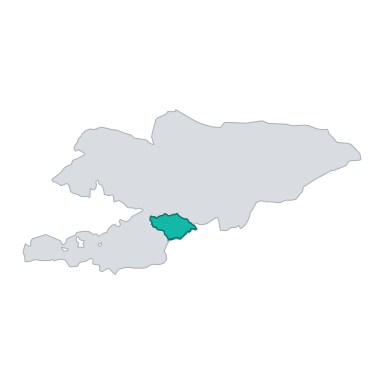 Kara-Kulja, Osh, Kyrgyzstan shown in context
{"feature_id": "92254566B85310994889224", "entity_name": "Kara-Kulja", "entity_type": "district", "adm_level": 2, "iso_a3": "KGZ", "parent_name": "Kyrgyzstan", "parent_adm1": "Osh", "projection": "mercator", "projection_center": [74.361, 40.398], "detail": "fine", "context": "in_parent", "style": "filled", "palette": "teal", "viewbox_px": 384, "rotation_deg": 0, "n_neighbors": 0, "source": "geoboundaries", "source_scale": "gbopen_adm2", "svg_char_len": 6557}
<svg xmlns="http://www.w3.org/2000/svg" viewBox="0 0 384 384"><path d="M76.1,233.1L77.1,232.5L80.3,231.8L86.7,231.2L88.9,231.7L93.3,234.3L96.7,234.0L97.3,234.4L98.6,236.6L103.3,233.3L106.7,232.4L108.4,229.0L112.1,225.1L115.2,224.5L115.2,225.1L115.8,225.7L119.0,226.6L120.0,225.6L120.5,224.1L119.4,221.8L119.3,220.9L120.4,219.5L125.4,221.6L126.6,221.6L128.9,220.4L131.0,218.2L131.8,216.6L142.2,211.1L142.9,210.1L142.8,209.3L138.4,208.1L136.4,208.8L134.6,208.8L133.5,208.0L128.2,207.7L127.1,207.1L123.5,203.1L119.2,200.6L117.1,200.8L114.6,201.8L113.8,201.3L113.6,197.6L113.1,195.3L111.6,194.8L109.6,195.7L104.3,194.4L103.7,189.7L101.7,185.5L98.8,183.9L98.7,181.3L97.8,180.3L96.9,180.6L95.8,181.9L96.4,184.6L96.0,187.4L95.3,188.8L94.1,189.8L92.7,189.9L90.3,188.5L89.9,196.9L89.4,197.4L86.5,196.2L84.2,196.7L80.8,196.2L78.2,194.8L73.1,193.2L70.7,191.7L69.2,186.1L67.8,184.0L66.5,183.6L61.1,185.6L55.6,182.1L52.8,181.4L52.1,180.3L52.2,179.1L60.6,172.8L64.0,168.4L66.0,166.6L71.3,164.6L72.5,160.6L73.0,160.2L78.3,158.2L84.4,154.7L84.5,153.7L83.9,152.9L78.5,149.7L75.7,151.1L74.1,149.3L74.1,147.4L75.9,144.1L77.4,142.4L78.1,139.2L80.2,137.1L82.5,133.7L85.2,131.0L90.3,128.9L93.1,129.6L95.8,129.1L99.9,127.4L102.4,127.3L113.0,129.8L116.5,130.0L124.7,133.3L131.1,135.0L134.3,138.2L144.6,139.6L147.4,140.5L148.4,142.1L151.3,144.0L153.8,144.5L151.6,136.8L152.5,132.3L155.8,119.7L157.5,117.8L165.9,114.3L167.8,111.6L173.8,111.7L175.1,111.2L175.8,109.7L194.5,120.7L201.5,123.8L211.3,126.7L219.5,127.6L221.0,126.9L224.3,122.6L225.8,122.4L246.3,123.2L261.0,120.9L263.1,121.1L268.6,123.5L286.0,124.2L292.8,125.8L303.6,125.2L308.1,125.5L316.3,128.6L319.2,129.3L324.6,129.7L326.6,129.2L327.8,129.9L329.0,133.8L334.0,138.7L335.9,141.4L337.8,142.5L347.4,143.3L351.0,144.3L359.8,153.6L361.0,159.0L360.0,160.1L350.6,160.8L348.5,161.6L346.2,165.6L333.6,170.5L331.7,170.4L314.8,179.5L303.2,187.2L302.7,190.9L295.9,199.3L290.7,200.3L286.4,200.1L279.2,202.7L270.1,201.8L267.0,201.9L261.0,200.8L258.6,201.4L256.0,203.1L252.4,209.8L251.0,211.3L250.3,212.8L249.8,216.1L248.4,219.5L245.4,224.7L242.9,227.1L240.5,228.6L238.6,225.4L235.5,227.6L232.6,227.2L230.9,227.8L226.8,230.6L220.8,230.5L220.2,229.5L219.0,222.0L217.9,218.4L217.1,217.6L216.0,217.5L207.4,223.4L203.5,224.5L200.2,224.7L195.9,222.9L195.0,223.3L194.3,224.3L194.0,225.5L195.2,228.9L194.8,229.5L192.9,229.5L190.2,230.3L182.0,237.2L176.8,239.0L172.0,239.7L169.1,241.0L167.5,243.6L164.3,250.7L164.5,252.2L165.8,254.1L166.8,258.4L166.5,259.5L163.9,263.1L160.7,264.2L158.1,264.7L153.1,264.2L150.6,264.9L145.9,267.7L142.1,268.2L134.8,268.2L127.7,267.2L125.3,267.5L119.0,269.1L116.8,271.7L115.7,274.0L115.1,274.3L112.5,272.2L109.3,268.5L107.8,268.6L102.1,271.6L101.2,271.5L99.6,270.3L99.8,265.7L98.0,264.8L94.1,264.5L92.8,263.5L93.2,260.5L92.8,259.4L91.8,258.5L89.8,258.8L85.7,261.3L81.0,262.1L79.4,262.9L77.5,266.2L71.2,266.9L69.2,266.1L65.3,260.1L62.1,259.2L58.7,259.4L54.2,261.0L53.1,259.7L51.9,259.3L50.9,260.4L45.3,260.6L39.7,260.4L36.5,259.7L34.4,259.7L30.2,261.4L25.1,261.7L24.6,256.1L23.0,252.3L24.6,246.0L25.4,244.0L29.3,246.3L30.6,245.9L31.0,244.7L30.4,241.9L32.3,238.8L45.7,234.6L60.5,240.8L62.5,244.7L63.8,244.5L65.8,242.8L66.4,239.4L69.3,237.5L75.7,235.2L76.1,233.1ZM83.7,247.0L84.0,246.5L82.9,243.5L84.4,240.8L81.4,240.3L79.8,239.5L78.1,236.7L77.5,236.6L76.6,237.4L76.2,239.2L76.6,241.2L78.7,243.0L77.7,246.9L82.2,247.4L83.7,247.0ZM68.2,249.7L68.1,248.9L67.1,248.5L61.5,247.4L61.7,248.2L63.8,251.1L65.5,251.2L68.2,249.7ZM101.3,244.7L101.6,242.9L98.3,244.0L97.9,244.9L99.0,246.0L100.5,246.4L101.3,244.7Z" fill="#d9dde1" stroke="#a8b0b8" stroke-width="1"/><path d="M169.9,239.9L169.8,239.7L169.7,239.5L169.9,239.5L169.9,239.4L170.1,239.3L170.2,239.2L170.3,239.0L170.4,238.9L170.5,238.9L170.6,238.7L170.7,238.8L170.8,238.9L171.0,238.9L171.0,239.0L171.3,239.2L171.3,239.3L171.4,239.5L171.5,239.6L171.8,239.5L171.9,239.4L171.9,239.5L171.9,239.4L172.0,239.4L172.2,239.2L172.3,239.2L172.3,239.3L172.6,239.3L172.7,239.2L172.7,238.9L172.8,238.8L172.9,238.7L173.0,238.5L173.0,238.4L173.3,238.3L173.5,238.4L173.7,238.5L173.8,238.5L174.0,238.4L174.2,238.2L174.3,238.1L174.6,238.1L174.8,238.1L175.0,238.0L175.1,237.9L175.4,237.9L175.5,237.8L175.6,237.7L175.7,237.8L175.8,237.8L175.9,237.7L176.0,237.6L176.3,237.7L176.4,237.8L176.5,237.8L176.9,237.7L177.0,237.7L177.3,237.4L177.4,237.5L177.5,237.6L177.5,237.8L177.6,238.0L177.7,238.3L177.8,238.4L177.9,238.5L178.0,238.6L178.3,238.6L178.3,238.4L178.5,238.3L178.5,238.2L178.8,238.2L179.0,238.2L179.0,238.3L179.1,238.5L179.3,238.7L179.6,238.8L179.8,239.0L180.0,239.0L180.0,238.9L180.3,238.8L180.3,238.6L180.5,238.6L180.8,238.5L180.7,238.4L180.8,238.3L180.8,238.2L180.8,238.3L180.9,238.2L181.1,238.1L181.3,238.0L181.4,237.9L181.4,237.7L181.5,237.7L181.7,237.4L181.8,237.3L182.0,237.3L182.2,237.2L182.3,237.2L182.5,236.9L182.8,236.7L183.0,236.5L183.3,236.4L183.4,236.2L183.5,236.2L183.6,235.9L183.7,235.7L183.8,235.6L183.9,235.4L184.0,235.4L184.3,235.2L184.2,235.1L184.3,235.0L184.4,234.7L184.5,234.7L184.8,234.5L185.0,234.5L185.1,234.4L185.5,234.3L185.5,234.2L185.8,233.9L186.0,233.7L186.0,233.4L186.2,233.1L186.3,233.0L186.4,232.9L186.5,232.9L186.6,232.7L186.6,232.4L186.8,232.3L186.9,232.2L187.0,232.1L187.2,231.9L187.3,231.8L187.3,231.7L187.5,231.4L187.7,231.5L187.7,231.4L187.8,231.4L188.0,231.3L188.2,231.5L188.3,231.5L188.4,231.4L188.5,231.5L188.5,231.4L188.8,231.4L189.0,231.5L189.0,231.8L189.6,231.8L189.7,231.7L189.8,231.6L190.0,231.4L190.4,231.1L190.2,230.9L190.2,230.7L190.3,230.6L190.5,230.4L190.6,230.2L190.7,229.9L190.8,229.9L190.9,229.7L190.9,229.4L190.9,229.2L190.7,229.1L190.7,228.9L190.6,228.7L190.8,228.7L191.0,228.7L191.4,228.7L191.7,228.8L191.8,228.9L192.0,228.9L192.1,228.7L192.3,228.6L192.5,228.6L192.7,228.8L192.8,228.8L192.9,228.7L193.1,228.7L193.3,228.7L193.5,228.6L193.8,228.6L194.0,228.7L195.2,229.8L196.7,229.1L195.2,226.5L194.1,225.6L194.3,225.8L193.7,225.3L193.4,225.1L192.8,224.8L190.6,222.8L189.5,223.0L188.3,220.6L187.3,219.2L183.8,218.8L180.6,217.1L178.9,215.7L177.0,213.5L175.3,214.5L173.4,214.4L170.3,215.7L167.8,215.8L167.2,214.9L165.0,213.7L162.2,215.7L160.4,215.8L158.4,216.8L156.7,218.2L155.7,217.8L155.0,216.9L152.9,216.9L151.1,216.2L150.2,217.2L150.5,218.8L150.0,219.8L150.5,220.6L151.9,222.0L151.9,222.9L151.6,224.4L152.0,224.5L152.6,224.7L152.8,226.3L154.0,227.2L155.1,227.4L155.6,226.8L156.6,228.2L157.2,229.3L158.5,229.9L161.1,230.1L163.1,230.5L164.2,231.7L164.6,233.4L164.7,234.5L165.9,235.2L166.8,236.1L167.0,237.0L168.3,238.7L168.3,239.9L168.7,239.6L169.5,239.4L169.9,239.9Z" fill="#14b8a6" stroke="#0f766e" stroke-width="1.5"/></svg>